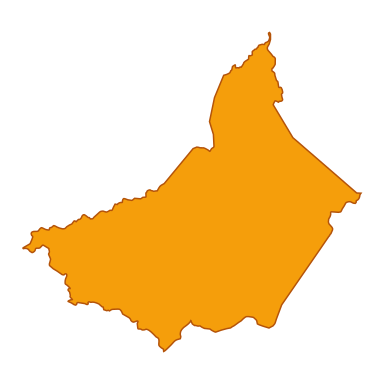 the district of Santa Cruz, Lempira, Honduras
{"feature_id": "27666195B84616155619024", "entity_name": "Santa Cruz", "entity_type": "district", "adm_level": 2, "iso_a3": "HND", "parent_name": "Honduras", "parent_adm1": "Lempira", "projection": "robinson", "projection_center": [-88.56, 14.362], "detail": "fine", "context": "isolated", "style": "filled", "palette": "amber", "viewbox_px": 384, "rotation_deg": 0, "n_neighbors": 0, "source": "geoboundaries", "source_scale": "gbopen_adm2", "svg_char_len": 5855}
<svg xmlns="http://www.w3.org/2000/svg" viewBox="0 0 384 384"><path d="M269.6,32.5L268.6,33.0L268.5,33.4L268.6,34.3L269.6,36.7L269.7,37.6L269.3,39.3L268.4,41.2L267.0,42.1L265.4,42.7L264.3,44.5L262.1,44.3L259.0,45.2L258.3,46.2L258.0,47.2L257.4,47.5L256.5,48.9L254.7,49.4L254.3,49.9L252.7,51.1L252.3,51.6L252.2,52.0L252.3,53.9L252.3,54.7L252.1,55.1L250.4,55.8L249.1,55.6L248.9,55.8L248.7,56.8L248.6,59.1L245.2,61.3L244.2,62.2L243.8,62.7L243.3,64.1L241.3,67.1L241.1,67.2L240.5,67.0L240.2,67.0L238.8,68.0L238.0,67.7L235.9,67.9L235.6,67.6L235.3,65.0L235.1,64.9L234.7,65.0L233.6,65.7L232.5,66.5L231.8,69.8L230.7,70.9L230.1,72.3L229.7,72.9L228.5,73.6L226.5,74.5L223.7,75.3L214.5,97.6L209.5,121.6L213.4,134.4L214.0,146.4L213.6,147.3L211.6,148.6L210.0,151.2L209.6,151.3L208.2,150.1L205.5,148.6L203.8,147.9L200.2,147.8L198.4,147.3L196.8,147.1L193.1,148.6L164.2,183.6L161.3,185.2L160.0,186.3L158.9,187.9L157.3,190.8L155.4,191.0L153.6,191.3L152.7,190.9L150.9,190.5L150.3,190.0L149.9,189.9L148.8,190.1L147.7,190.6L147.2,191.0L146.7,192.1L145.9,193.1L146.0,196.3L146.0,196.8L145.7,197.1L144.9,197.2L142.9,197.3L141.0,198.6L140.5,198.8L134.6,198.3L132.5,200.1L131.8,200.4L127.9,199.8L125.1,198.8L124.3,198.6L123.7,198.6L123.2,199.0L122.8,199.7L122.4,201.0L122.4,202.1L122.2,202.4L121.6,202.5L120.4,202.5L119.2,202.9L117.9,203.7L117.3,204.5L115.1,204.1L113.6,206.9L112.4,209.7L111.8,210.4L110.0,210.3L107.8,211.6L106.3,212.1L103.0,211.1L101.8,211.2L100.5,211.5L99.5,212.2L97.0,214.5L93.9,217.3L93.0,218.5L92.4,218.8L90.4,218.9L89.3,217.6L88.6,217.6L87.9,217.3L86.2,215.9L85.2,215.2L84.2,214.7L83.4,214.8L82.9,215.1L82.2,215.8L81.2,218.0L80.1,219.2L79.6,219.4L78.9,219.4L78.4,219.5L76.1,221.7L75.3,221.1L74.2,220.9L73.2,222.1L71.8,224.0L69.5,225.0L66.8,226.7L65.3,228.3L64.6,228.6L62.9,228.9L59.6,228.1L57.3,227.2L55.1,226.0L53.9,225.6L53.4,225.8L51.4,227.5L50.4,227.6L49.9,227.8L49.5,228.4L49.4,229.6L48.8,230.0L47.6,229.9L45.7,229.5L44.8,229.1L42.6,228.0L41.6,227.7L41.1,227.8L40.0,228.7L38.5,230.6L37.9,231.2L36.9,231.4L35.0,231.4L33.5,231.5L32.4,231.9L31.6,232.4L31.2,233.3L31.3,234.3L31.7,235.4L32.6,236.3L32.7,237.1L31.8,239.8L30.2,243.5L29.7,244.0L23.1,247.8L23.0,248.2L23.1,248.5L23.6,248.7L24.5,248.4L25.3,248.4L26.6,248.5L27.4,248.8L28.5,249.5L29.3,250.6L30.2,251.5L32.1,252.6L33.1,252.3L34.5,251.3L35.2,250.1L35.5,248.9L35.8,248.5L36.6,248.2L38.6,248.2L39.6,248.0L40.1,247.7L42.2,245.5L42.9,245.1L43.3,245.2L43.7,245.4L48.8,248.5L48.9,248.8L48.9,249.6L49.3,250.7L49.4,251.7L49.3,252.5L48.7,253.6L48.6,254.2L49.0,255.3L50.1,257.8L50.6,259.1L50.2,261.0L49.4,263.8L49.4,264.9L49.6,265.6L53.3,268.8L56.8,270.9L62.1,274.6L62.9,274.8L63.8,274.9L64.2,274.7L64.9,274.0L65.6,273.8L66.3,274.0L66.7,274.5L66.8,275.3L66.7,276.3L65.6,278.8L65.2,280.6L65.1,282.3L65.2,283.6L65.5,284.1L66.7,284.9L68.3,286.3L70.1,288.2L70.1,288.5L69.2,288.5L68.4,289.0L68.1,289.5L68.1,290.1L68.3,290.6L69.3,291.6L69.7,292.5L70.3,295.2L70.1,296.5L70.1,296.9L72.3,299.5L72.1,299.7L71.1,299.7L69.3,300.4L68.3,301.0L68.1,301.3L68.2,301.5L71.4,302.9L74.0,304.6L75.5,305.1L76.0,304.9L76.5,304.5L76.7,304.1L76.7,303.5L76.9,303.1L77.9,302.5L84.9,303.6L86.5,304.4L87.2,304.5L87.6,304.4L88.1,304.0L88.2,303.6L88.0,302.9L88.0,302.6L88.3,302.2L88.8,301.9L89.4,301.9L90.8,302.3L92.9,302.1L94.3,302.3L96.3,302.9L98.8,303.9L102.1,306.8L103.2,307.1L103.7,309.4L103.8,309.7L106.8,310.7L108.3,310.3L109.5,310.9L111.7,309.5L113.1,309.3L117.7,309.1L119.2,309.2L119.7,309.4L120.4,309.9L121.2,310.9L122.1,312.6L122.5,313.7L122.8,314.1L129.1,317.7L130.2,318.8L131.0,320.6L132.1,321.6L132.9,322.0L133.8,322.1L136.9,321.0L137.4,321.0L137.8,321.2L138.0,321.7L137.3,323.4L137.3,324.0L137.8,328.2L138.2,328.9L140.8,329.1L141.9,329.8L142.7,330.0L144.6,329.8L146.1,329.2L147.0,329.4L148.3,329.9L149.4,330.6L151.3,332.1L153.8,334.5L156.1,336.9L157.4,337.6L158.0,338.0L158.6,338.8L158.9,339.6L159.0,341.3L158.8,344.2L159.0,345.5L159.7,346.4L161.3,347.8L163.5,349.2L163.6,351.3L163.7,351.5L165.1,350.6L166.9,349.0L171.1,344.9L174.0,341.7L175.1,340.7L176.6,339.8L180.3,338.7L180.8,336.8L180.2,334.1L180.6,331.6L181.7,329.6L183.6,327.5L186.6,325.3L188.5,323.7L190.1,322.0L190.8,320.6L191.1,320.9L191.3,321.8L192.4,324.0L194.5,325.5L195.7,325.5L198.0,326.1L200.0,325.9L201.9,327.2L204.4,328.4L209.9,329.0L211.7,330.3L213.7,331.4L214.8,331.9L215.7,332.1L221.4,330.1L226.9,328.6L230.6,327.9L232.1,326.8L234.3,325.6L238.8,322.3L241.2,320.8L243.4,318.6L245.2,317.2L245.9,316.8L246.8,316.6L248.7,316.6L252.7,317.2L253.6,317.5L256.2,319.9L256.7,320.7L257.4,323.9L259.2,324.8L263.1,326.2L269.0,328.0L273.1,325.8L274.7,323.8L275.2,322.8L276.4,319.0L281.7,304.8L320.2,249.0L328.9,236.3L329.5,235.8L330.0,234.5L330.9,233.7L332.5,230.0L332.6,229.3L332.6,228.6L332.2,227.7L331.6,226.8L329.0,223.9L328.6,222.8L328.4,221.7L328.7,219.0L330.0,216.7L330.5,215.3L330.7,214.2L330.6,212.7L330.8,212.1L331.5,211.8L338.5,212.3L340.6,211.9L341.3,211.0L342.2,209.0L344.2,205.9L345.7,203.1L346.2,202.6L347.2,202.1L348.8,201.7L350.0,201.7L350.8,201.9L353.2,203.1L355.2,203.4L355.8,202.8L356.1,202.4L356.2,201.9L356.1,201.2L356.3,200.8L358.1,199.6L358.9,198.6L359.6,196.9L359.8,195.5L360.0,194.7L360.5,193.9L361.0,193.2L356.7,193.0L292.9,137.7L273.2,104.8L273.9,102.8L275.1,100.9L275.5,100.9L276.6,101.2L278.4,102.2L278.7,102.1L279.0,101.6L279.3,101.3L279.8,101.2L280.6,101.3L281.1,101.2L281.8,100.9L282.4,100.3L282.6,99.8L282.6,99.3L281.9,97.0L281.5,94.4L281.7,93.8L282.6,93.0L282.7,92.1L282.2,89.8L281.3,87.8L280.9,87.5L280.5,87.3L279.3,87.5L278.7,87.1L277.9,81.9L277.6,81.4L276.7,80.6L276.3,79.9L274.9,75.3L274.7,73.3L274.3,72.7L273.0,71.6L272.3,71.3L271.9,70.4L271.9,69.6L272.1,68.5L272.5,68.2L273.0,68.0L274.4,65.8L275.1,64.5L275.2,63.8L275.3,58.8L275.1,58.2L274.8,57.7L274.0,56.9L273.0,56.4L271.2,54.0L267.9,50.2L267.4,49.1L267.3,48.1L267.5,47.0L269.2,44.0L270.5,39.5L270.5,34.1L269.6,32.5Z" fill="#f59e0b" stroke="#b45309" stroke-width="1.5"/></svg>